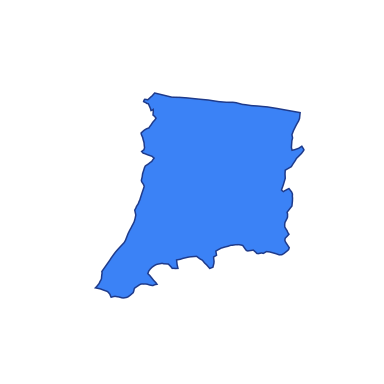 outline of Telafar, Ninawa, Iraq, rotated 55°
{"feature_id": "34846034B27680259981934", "entity_name": "Telafar", "entity_type": "district", "adm_level": 2, "iso_a3": "IRQ", "parent_name": "Iraq", "parent_adm1": "Ninawa", "projection": "mercator", "projection_center": [42.455, 36.523], "detail": "fine", "context": "isolated", "style": "filled", "palette": "blue", "viewbox_px": 384, "rotation_deg": 55, "n_neighbors": 0, "source": "geoboundaries", "source_scale": "gbopen_adm2", "svg_char_len": 3939}
<svg xmlns="http://www.w3.org/2000/svg" viewBox="0 0 384 384"><g transform="rotate(55 192 192)"><path d="M231.8,318.6L232.6,316.4L233.3,314.9L234.0,314.2L235.0,313.2L235.8,312.3L237.0,311.3L238.6,310.0L239.6,308.7L240.9,305.9L241.2,304.4L241.1,301.7L240.7,297.9L239.7,296.5L238.2,294.9L237.8,294.0L237.9,288.2L238.1,286.8L238.7,285.6L239.5,284.6L240.8,282.7L241.9,281.5L243.8,280.1L245.5,278.5L246.2,277.7L246.6,275.6L247.5,273.6L245.6,273.6L242.4,274.1L236.3,274.5L233.5,275.0L231.9,272.7L231.1,270.2L230.7,267.8L230.7,265.3L230.8,263.7L231.1,262.3L232.0,260.2L232.8,258.5L233.3,257.4L234.6,256.3L235.9,254.6L237.5,252.7L239.9,252.3L241.4,252.1L243.2,252.0L244.0,250.8L245.2,249.4L246.5,247.3L242.8,245.8L238.8,243.6L240.4,240.2L241.2,237.4L243.1,232.7L244.0,230.8L246.7,226.2L247.4,225.1L251.2,223.9L253.9,222.6L257.3,222.4L260.1,221.8L264.8,221.3L265.6,218.0L263.0,215.0L261.4,213.7L259.1,212.5L257.6,211.5L257.9,208.2L256.2,207.4L254.1,206.4L254.2,204.6L254.7,200.1L255.1,199.2L255.7,197.2L256.3,195.6L257.1,193.7L257.7,191.4L257.9,190.8L258.8,189.4L260.1,186.7L261.5,184.6L262.1,183.7L263.9,181.9L264.9,181.1L266.6,181.1L267.9,181.1L269.6,181.1L271.1,181.0L272.3,180.1L272.8,179.0L274.0,176.7L274.7,175.1L276.1,174.8L278.0,174.3L279.4,174.2L280.5,173.1L281.8,170.0L283.2,168.8L283.3,167.9L283.5,165.2L285.7,162.7L288.5,160.4L290.7,158.6L293.5,156.6L294.9,154.4L295.1,152.1L294.9,148.2L294.6,145.9L293.4,144.3L286.5,144.1L284.7,143.6L283.3,142.1L282.8,139.4L282.2,136.8L281.8,136.8L280.6,136.8L280.2,136.8L278.1,136.3L277.7,136.3L277.2,136.3L276.8,136.3L273.9,136.1L271.9,134.8L270.3,133.4L268.1,129.2L267.3,128.1L266.0,127.2L264.8,126.3L263.4,125.9L263.1,125.7L262.1,122.4L262.0,122.2L260.8,118.2L257.0,114.9L254.6,113.1L253.3,112.4L251.3,110.9L250.5,110.7L249.3,110.4L249.2,110.4L248.9,110.4L244.8,110.6L244.4,113.1L244.1,115.7L244.1,116.9L243.2,117.3L242.4,117.4L242.0,117.5L242.0,117.4L241.3,117.1L239.6,114.6L238.8,113.6L238.6,113.2L237.4,111.7L234.3,107.8L230.5,105.4L227.6,103.1L228.2,96.1L227.0,93.4L225.4,89.2L224.4,87.2L223.9,84.2L223.5,81.9L223.2,80.2L222.0,76.6L221.4,76.0L217.5,75.8L217.4,79.5L216.2,83.7L215.2,86.1L212.5,85.0L207.3,80.8L205.4,78.6L202.4,77.3L199.8,73.5L197.3,68.9L196.2,66.7L194.9,63.9L193.4,61.7L191.3,59.9L189.0,57.9L172.2,74.6L165.5,81.5L162.4,85.2L159.3,88.8L155.3,93.8L151.2,98.1L149.1,100.5L144.1,104.7L142.1,106.9L138.2,112.4L133.2,118.4L126.0,125.9L119.8,133.2L112.0,142.2L107.5,147.7L102.8,154.1L95.4,160.6L89.5,165.8L90.5,170.0L90.5,170.9L91.0,174.4L91.1,175.4L90.6,175.8L89.4,177.0L88.9,177.7L89.5,178.9L90.2,179.8L92.5,178.5L93.4,178.3L94.6,177.2L95.6,177.3L97.0,177.6L99.6,178.1L101.8,178.9L102.0,178.1L102.1,176.4L103.8,177.5L105.5,178.9L106.6,179.8L108.4,179.3L110.9,179.1L111.3,180.2L111.8,181.5L112.1,183.2L112.6,184.7L113.0,185.7L113.5,186.9L114.2,189.1L114.8,190.5L114.2,192.7L114.0,194.4L114.0,196.1L114.2,198.1L114.5,199.9L115.9,200.5L119.2,201.2L120.6,201.8L124.1,203.0L125.8,204.0L127.0,204.7L128.3,205.3L128.9,206.0L129.8,207.1L129.9,210.0L132.3,209.7L133.0,209.0L136.2,206.9L139.8,204.3L141.5,203.9L142.5,203.6L143.3,206.1L143.9,207.5L143.8,209.0L144.0,211.5L143.9,214.3L143.9,215.3L144.6,216.6L144.9,217.1L145.0,217.2L146.5,219.1L148.7,222.0L151.1,224.2L153.4,226.8L154.7,227.3L157.9,227.4L159.7,227.8L160.3,228.3L161.5,229.9L164.2,233.6L167.7,238.2L168.4,239.0L169.6,241.1L170.7,242.6L172.0,245.8L172.9,247.1L174.0,249.3L178.5,251.2L179.4,252.0L179.9,252.6L180.8,253.5L181.5,254.3L183.2,256.4L184.5,258.8L185.7,261.2L186.1,261.8L187.1,263.9L187.7,265.1L189.4,268.2L193.4,274.2L194.5,276.5L195.7,282.2L196.6,286.2L197.3,289.0L198.1,291.5L199.8,296.3L200.6,298.1L205.4,311.4L206.9,312.2L207.9,313.2L209.6,314.7L211.0,315.8L211.8,317.0L212.5,318.6L213.7,320.6L214.5,323.4L214.7,324.0L215.1,326.1L218.0,323.4L218.6,322.8L221.8,320.6L224.6,318.6L226.0,318.1L228.9,317.9L229.4,318.1L230.1,318.3L231.8,318.6L231.8,318.6Z" fill="#3b82f6" stroke="#1e3a8a" stroke-width="1.5"/></g></svg>